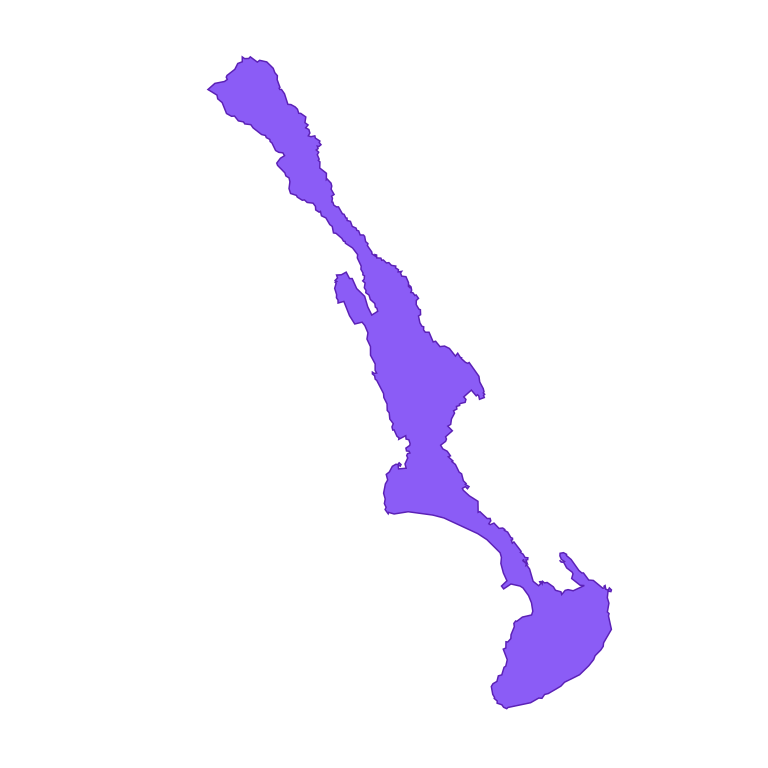 outline of Badung, Bali, Indonesia, rotated 326°
{"feature_id": "22746128B76986430159502", "entity_name": "Badung", "entity_type": "district", "adm_level": 2, "iso_a3": "IDN", "parent_name": "Indonesia", "parent_adm1": "Bali", "projection": "robinson", "projection_center": [115.186, -8.545], "detail": "fine", "context": "isolated", "style": "filled", "palette": "violet", "viewbox_px": 768, "rotation_deg": 326, "n_neighbors": 0, "source": "geoboundaries", "source_scale": "gbopen_adm2", "svg_char_len": 6135}
<svg xmlns="http://www.w3.org/2000/svg" viewBox="0 0 768 768"><g transform="rotate(326 384 384)"><path d="M468.5,118.9L466.3,113.1L464.7,111.9L465.9,107.8L465.3,104.6L463.1,100.3L460.7,98.4L463.8,87.7L463.7,82.5L462.3,81.5L462.5,80.1L463.6,79.9L465.6,72.0L468.0,68.8L467.6,64.8L468.7,60.3L466.9,51.4L461.9,46.1L459.0,46.3L456.1,38.0L453.9,38.5L450.4,36.3L449.4,33.6L446.7,37.6L442.0,36.5L436.3,39.7L426.4,40.4L424.8,41.4L424.4,43.9L420.9,44.0L411.9,40.2L402.7,41.4L407.1,51.1L405.6,54.6L407.2,60.2L404.7,71.7L407.3,76.8L409.9,78.3L410.4,84.4L414.1,88.2L414.0,90.5L418.6,94.5L418.7,98.5L422.0,108.7L424.7,111.7L424.2,113.9L426.1,117.4L425.2,119.3L425.9,121.5L424.7,129.8L426.3,133.1L429.4,135.8L429.2,139.1L424.4,138.9L418.6,140.9L418.0,143.3L419.9,153.5L419.0,156.6L420.5,160.0L419.1,163.7L414.5,168.9L413.1,173.8L416.9,178.7L416.6,180.5L419.0,186.0L421.0,186.9L421.8,190.5L426.3,194.4L426.5,198.4L424.7,201.5L426.3,205.3L427.8,205.4L426.2,209.6L428.7,213.8L428.2,221.5L429.2,224.4L426.6,230.5L428.5,232.3L430.5,239.7L430.3,242.9L431.4,244.1L430.7,245.7L434.0,253.6L434.5,262.0L432.4,264.5L431.0,273.5L429.0,276.0L428.7,280.1L427.5,281.7L428.3,283.4L426.2,286.0L424.0,286.6L424.8,289.7L421.5,293.2L421.4,296.4L419.9,298.1L421.3,301.9L419.9,306.3L421.4,312.1L419.8,315.4L420.5,317.3L419.4,320.2L412.4,320.0L413.7,310.8L417.0,300.5L414.7,289.6L416.6,278.8L414.4,277.3L415.2,270.1L409.7,269.6L405.6,267.1L404.8,270.1L401.4,270.8L402.1,272.6L400.4,272.3L400.6,273.8L396.6,277.1L394.7,283.4L392.8,285.9L392.8,288.7L391.2,291.2L396.9,293.1L393.6,308.1L393.3,317.9L400.4,320.5L400.8,324.8L399.3,332.6L395.0,337.2L393.7,345.4L388.9,352.6L387.9,362.4L384.3,367.7L384.0,370.8L382.0,369.9L381.0,367.7L380.0,369.1L380.8,371.9L379.4,375.1L380.0,376.9L378.3,391.6L376.3,395.2L375.4,402.2L371.9,407.7L372.2,410.8L369.2,416.3L369.5,422.1L366.6,424.0L365.5,427.1L366.7,427.7L365.5,434.6L366.3,437.0L365.3,438.1L373.1,439.0L371.5,442.0L373.4,444.1L372.3,448.1L371.0,449.3L366.3,449.4L365.2,452.1L367.2,453.8L366.9,455.7L364.6,454.9L362.8,456.0L362.3,458.6L356.7,462.0L355.3,466.2L348.6,462.5L349.8,460.1L350.9,459.8L351.5,461.2L353.1,460.3L352.5,457.8L350.2,458.5L349.1,457.2L344.9,456.9L339.3,459.9L335.3,460.2L333.4,465.6L329.3,467.6L322.6,474.3L320.7,480.0L317.4,483.4L316.8,487.4L314.7,488.7L314.9,493.9L316.0,493.0L319.7,497.4L332.6,503.4L351.0,519.8L358.8,528.6L378.0,560.4L382.3,570.6L385.9,588.8L384.4,593.4L380.5,598.2L377.3,607.4L375.9,615.9L368.4,617.2L368.6,620.8L377.4,620.8L383.8,627.6L385.2,630.8L385.5,640.3L383.9,647.9L380.3,655.6L377.2,658.0L368.4,654.6L361.3,655.0L360.6,654.1L357.8,655.1L356.3,658.1L349.1,662.9L346.8,666.0L342.3,667.1L341.0,665.9L337.4,671.0L334.6,670.5L332.0,681.5L327.2,686.0L325.1,686.0L319.0,691.0L315.6,689.9L311.3,693.7L306.8,693.4L303.8,694.8L300.6,702.1L300.4,705.6L299.5,706.3L300.6,710.1L299.3,711.9L302.3,715.8L302.4,718.9L304.2,721.8L305.9,721.5L327.3,730.2L336.7,730.9L339.2,732.9L343.5,731.2L347.1,732.5L361.7,733.4L366.9,732.2L383.6,734.4L396.2,732.1L403.7,729.7L407.1,727.3L415.1,725.7L419.0,724.1L421.3,721.4L435.3,714.6L440.4,701.8L442.2,700.2L441.7,697.9L447.9,691.5L449.6,686.1L453.9,681.0L456.0,683.0L457.4,681.9L456.8,679.1L454.7,680.3L453.1,678.2L454.6,674.7L453.3,674.7L452.8,676.3L451.2,675.7L447.7,663.9L444.1,661.0L443.7,652.2L442.3,651.2L441.3,647.6L441.0,634.1L439.3,628.2L440.1,627.3L438.5,624.2L435.3,622.8L433.7,624.9L433.0,628.6L434.3,632.0L433.3,631.8L432.6,638.6L434.8,645.3L434.5,647.1L430.8,650.2L434.1,660.6L437.4,663.1L425.2,661.2L421.6,657.4L418.8,656.4L413.6,657.9L414.5,655.2L410.8,650.9L411.0,646.9L408.3,639.8L405.8,638.6L405.2,636.4L403.5,638.0L403.9,635.7L402.5,635.0L402.2,637.2L399.4,637.7L397.3,631.0L401.2,618.9L401.1,614.1L400.1,613.9L401.6,612.6L400.3,608.2L400.6,607.8L402.0,607.8L400.5,608.3L402.4,612.9L403.3,609.3L404.9,610.0L406.1,608.5L403.9,606.7L404.1,602.8L402.9,599.8L404.1,599.4L403.4,587.6L401.4,587.7L402.2,584.6L403.5,585.0L404.3,583.7L403.3,582.1L403.7,575.9L402.0,572.7L402.8,572.2L401.9,569.8L398.6,568.0L397.4,560.8L393.4,560.0L392.7,558.5L396.0,557.2L396.8,554.8L394.3,553.2L392.1,543.4L390.3,543.0L396.3,533.8L392.2,524.4L390.3,516.4L390.6,514.4L392.0,514.4L394.1,514.6L394.6,517.5L397.1,516.6L395.3,512.7L396.4,512.5L395.7,508.6L398.1,501.9L397.0,499.0L398.2,490.6L396.9,486.4L398.1,486.3L396.6,480.3L398.9,480.7L398.8,475.1L396.5,470.7L396.7,466.4L403.0,466.0L405.0,464.6L405.5,462.2L414.5,461.0L413.3,454.6L416.7,454.8L420.4,450.7L426.2,447.6L426.7,445.1L430.4,445.5L431.5,443.1L434.7,444.1L435.2,442.9L436.8,443.0L441.0,444.6L443.3,442.6L442.9,439.3L453.0,437.9L453.8,445.4L455.5,445.2L455.9,446.8L454.6,450.1L459.6,451.3L460.1,449.1L461.7,448.8L461.3,446.9L462.6,446.3L463.7,443.3L464.5,435.9L467.0,430.7L466.6,413.8L465.1,413.8L463.7,411.7L462.3,406.2L463.0,405.7L462.2,404.7L462.3,399.7L458.8,400.8L458.1,391.1L455.4,386.4L451.3,384.3L450.7,377.4L448.3,376.6L450.3,366.3L447.2,364.2L447.0,361.3L448.9,358.8L447.7,357.2L448.0,353.3L450.6,346.9L453.1,347.0L455.7,342.8L454.8,341.4L455.1,336.2L457.5,332.8L460.5,332.3L460.4,328.1L459.1,327.9L459.0,324.4L457.4,323.1L459.4,321.7L460.7,318.6L460.4,317.1L459.3,318.3L458.9,316.7L461.0,313.7L462.2,307.3L459.0,304.5L459.8,301.2L461.6,300.5L458.4,299.0L459.9,297.3L458.5,294.2L459.7,292.8L456.5,289.8L455.9,286.1L453.7,285.0L452.8,280.8L451.3,280.2L451.8,277.9L448.5,275.4L450.0,272.9L448.9,271.7L448.3,273.1L446.8,269.3L447.7,267.8L447.6,260.0L449.2,258.6L448.4,255.7L450.5,250.8L450.3,249.0L447.6,247.1L448.6,242.9L447.4,241.4L448.0,239.1L445.8,235.6L447.1,230.4L444.9,227.8L446.1,225.8L445.2,224.9L445.8,221.0L444.7,219.6L445.3,211.7L443.6,210.5L442.4,207.6L443.3,204.7L442.6,203.9L445.2,201.1L445.5,199.0L448.6,199.0L449.1,192.9L451.4,190.7L452.4,187.8L451.5,182.3L450.4,182.4L454.1,177.1L451.5,169.0L455.1,164.0L454.6,161.9L456.0,161.3L456.9,156.6L459.5,155.3L458.7,152.1L461.0,152.0L461.7,149.5L462.8,150.7L465.6,150.4L465.3,147.7L466.7,146.7L464.6,141.8L465.4,139.6L461.7,138.1L460.0,135.9L462.9,134.5L464.0,131.0L462.3,127.8L465.9,126.8L464.6,123.1L468.5,118.9ZM432.9,632.0L431.4,630.4L431.0,628.3L431.3,630.7L432.9,632.0Z" fill="#8b5cf6" stroke="#5b21b6" stroke-width="1.5"/></g></svg>